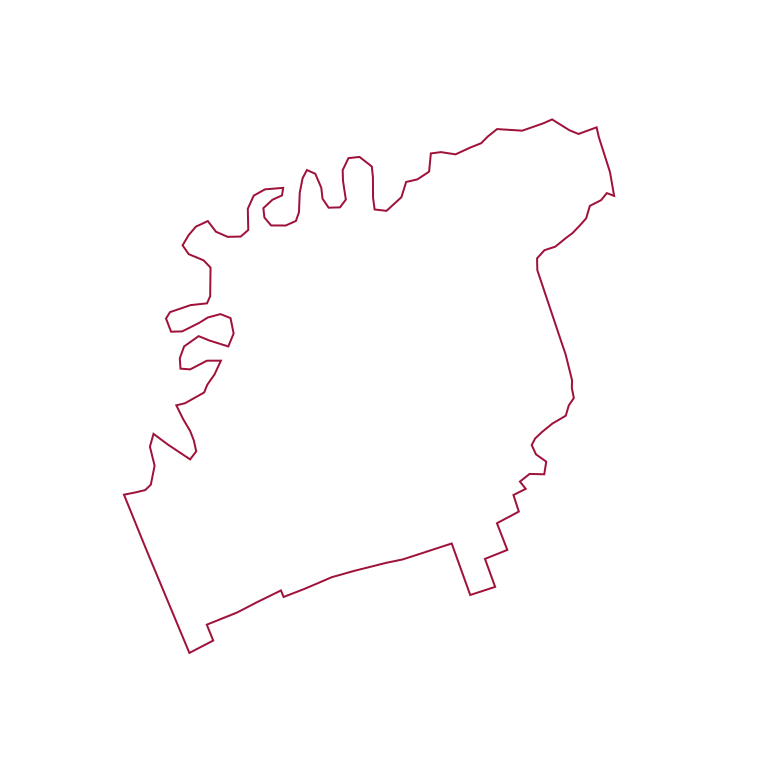 Anta Gorda, Rio Grande do Sul, Brazil (Mercator projection), rotated 252°
{"feature_id": "56859067B56588951135197", "entity_name": "Anta Gorda", "entity_type": "district", "adm_level": 2, "iso_a3": "BRA", "parent_name": "Brazil", "parent_adm1": "Rio Grande do Sul", "projection": "mercator", "projection_center": [-51.971, -28.974], "detail": "fine", "context": "isolated", "style": "outline", "palette": "rose", "viewbox_px": 768, "rotation_deg": 252, "n_neighbors": 0, "source": "geoboundaries", "source_scale": "gbopen_adm2", "svg_char_len": 1966}
<svg xmlns="http://www.w3.org/2000/svg" viewBox="0 0 768 768"><g transform="rotate(252 384 384)"><path d="M592.7,308.6L572.4,302.5L568.5,293.3L572.3,280.7L580.8,271.2L593.4,266.8L591.8,253.7L585.8,244.0L578.1,235.3L567.8,238.4L557.4,250.6L548.3,255.0L521.2,245.8L515.4,240.6L518.8,224.4L518.5,202.7L513.6,196.9L499.5,197.7L496.4,208.3L499.3,227.3L501.7,237.0L501.0,250.1L494.1,258.4L478.5,256.6L467.8,247.5L479.3,231.4L486.8,222.5L481.5,205.5L471.5,197.7L461.5,195.2L457.8,204.2L460.9,222.7L456.6,236.1L445.5,225.8L437.9,215.7L431.5,210.3L427.2,188.7L427.9,179.9L412.7,182.1L399.3,185.1L389.1,185.7L378.0,184.6L372.2,176.3L393.5,159.5L407.8,149.4L396.7,142.0L377.2,140.6L360.3,131.1L356.9,124.1L357.8,113.1L359.1,102.5L301.8,106.6L188.4,115.8L192.8,142.3L209.9,141.1L212.1,173.8L215.7,195.5L219.5,222.2L212.5,222.7L213.7,244.8L216.4,274.6L215.5,297.7L213.3,330.4L211.4,347.4L211.4,399.1L156.7,400.8L156.7,427.0L186.5,426.0L188.1,450.0L216.7,448.4L221.0,472.8L238.4,472.8L240.5,486.4L249.2,483.1L253.5,494.7L248.6,508.5L260.0,514.3L270.1,506.8L280.3,505.6L285.5,510.9L289.6,519.6L294.3,531.8L297.7,547.1L306.5,553.1L312.0,560.2L322.1,561.4L329.4,564.0L356.5,565.9L367.6,565.7L444.9,565.0L456.2,568.4L461.7,578.0L461.7,589.4L466.6,602.0L469.3,610.0L473.9,618.6L479.1,627.5L489.8,634.8L491.8,647.4L496.7,654.9L491.8,661.0L515.6,664.4L552.5,664.6L562.4,665.5L561.7,646.2L568.1,638.7L583.7,625.6L582.7,616.1L582.2,593.8L591.5,570.3L587.3,559.2L583.0,550.9L582.2,538.8L580.3,523.0L586.9,509.9L588.8,499.8L572.0,492.5L568.3,478.9L569.3,467.5L556.3,458.3L547.9,439.9L552.9,429.0L564.7,431.2L584.2,437.4L594.6,439.6L607.5,430.9L609.8,420.0L600.2,410.8L590.0,407.8L571.2,404.7L565.6,396.7L568.8,385.8L579.3,382.8L590.0,385.0L605.2,383.6L611.3,376.8L604.9,370.2L591.8,362.9L573.6,356.2L566.3,350.6L565.1,339.5L569.7,325.6L579.3,321.7L588.5,323.6L593.7,334.8L594.9,345.3L601.7,348.7L605.9,330.9L603.4,318.3L592.7,308.6Z" fill="none" stroke="#9f1239" stroke-width="2"/></g></svg>